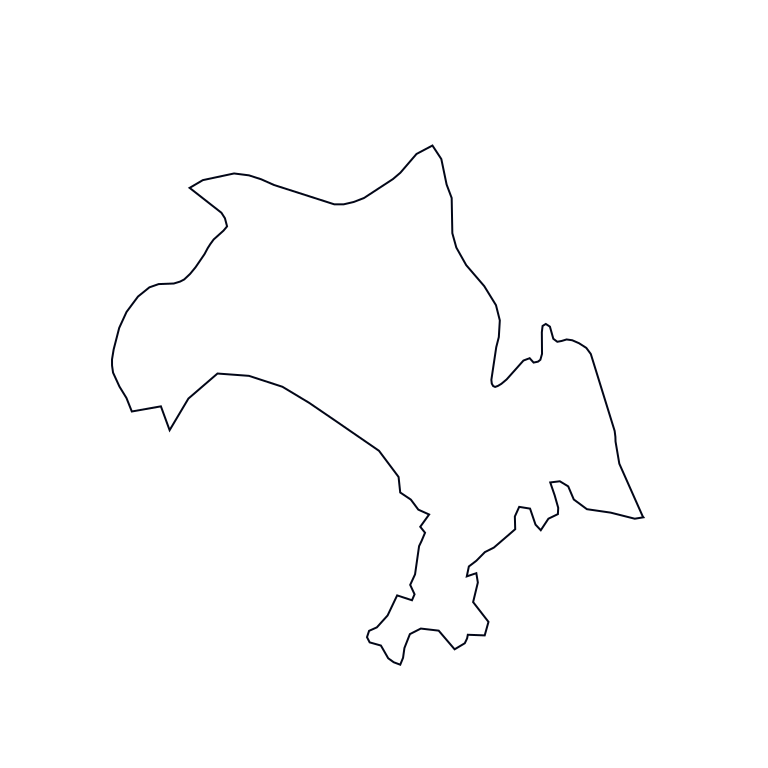 the Prefecture of Kanagawa, rotated 46°
{"feature_id": "JPN-1857", "entity_name": "Kanagawa", "entity_type": "Prefecture", "adm_level": 1, "iso_a3": "JPN", "parent_name": "Japan", "parent_adm1": "", "projection": "robinson", "projection_center": [139.409, 35.386], "detail": "fine", "context": "isolated", "style": "outline", "palette": "ink", "viewbox_px": 768, "rotation_deg": 46, "n_neighbors": 0, "source": "natural_earth", "source_scale": "10m", "svg_char_len": 1977}
<svg xmlns="http://www.w3.org/2000/svg" viewBox="0 0 768 768"><g transform="rotate(46 384 384)"><path d="M660.1,290.0L655.1,297.2L634.0,310.3L615.0,325.0L598.9,327.7L585.6,322.6L576.1,325.1L570.3,332.8L582.7,338.6L594.1,344.7L598.4,349.3L595.1,359.3L598.1,372.8L590.4,372.7L575.1,365.5L566.3,372.1L570.2,381.9L579.6,390.5L578.0,418.6L575.0,428.2L575.3,440.3L574.2,449.7L579.9,458.1L584.2,449.0L592.0,454.4L602.8,471.4L627.7,474.1L634.8,486.2L622.6,497.9L624.7,500.9L625.7,503.5L626.6,506.0L623.9,517.5L599.4,516.0L585.5,527.4L581.9,539.1L588.1,552.7L594.2,560.5L597.2,567.3L590.9,570.3L584.2,571.5L570.0,567.9L559.9,573.8L554.3,572.1L551.2,566.2L554.1,558.2L553.0,542.2L545.2,521.4L559.0,514.1L556.5,508.1L546.7,504.7L542.5,493.9L525.0,471.4L523.0,466.0L519.5,457.8L511.9,457.1L509.2,442.2L498.2,446.6L485.8,445.0L473.3,447.7L461.0,438.1L428.6,434.0L375.7,444.7L345.7,450.9L315.4,459.0L284.3,475.5L260.8,496.5L258.6,534.8L268.3,570.3L245.1,560.0L228.6,584.5L215.2,579.0L202.1,576.1L187.6,571.0L181.8,566.8L177.4,562.6L171.3,554.4L159.7,535.5L153.3,519.1L150.2,500.2L151.5,485.6L155.6,476.7L165.7,465.4L168.7,459.5L170.0,455.1L170.1,447.0L169.1,438.4L165.9,422.9L163.8,416.4L162.7,411.8L161.7,406.1L162.2,392.9L161.6,387.4L154.3,383.3L147.9,382.0L107.9,387.6L111.5,372.7L128.4,345.6L140.1,336.2L151.5,330.1L164.4,324.9L220.3,294.9L226.8,288.1L232.0,279.4L236.3,269.2L242.8,235.2L243.4,225.5L241.1,200.8L246.1,183.5L262.0,186.5L284.0,200.4L297.2,206.1L323.0,230.1L336.1,237.2L355.6,242.3L383.2,243.9L405.1,248.7L418.7,256.5L430.0,268.8L435.5,277.7L455.6,303.9L458.6,306.2L461.3,306.9L463.3,306.1L464.5,303.4L465.4,299.5L465.9,292.6L464.0,267.4L466.6,261.3L472.5,261.5L474.9,257.7L475.2,254.7L472.1,249.4L456.4,234.5L452.4,229.6L453.2,225.9L458.0,224.8L469.1,230.8L474.0,230.0L476.4,226.4L478.8,221.7L483.3,218.2L490.1,215.4L498.6,213.4L506.1,214.4L578.0,250.7L582.8,254.3L586.2,257.4L604.8,270.1L658.8,289.8L660.1,290.0Z" fill="none" stroke="#020617" stroke-width="2"/></g></svg>